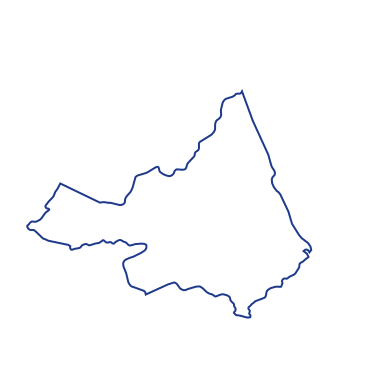 outline of Grand Bassa, rotated 206°
{"feature_id": "LBR-785", "entity_name": "Grand Bassa", "entity_type": "County", "adm_level": 1, "iso_a3": "LBR", "parent_name": "Liberia", "parent_adm1": "", "projection": "albers", "projection_center": [-9.727, 6.117], "detail": "fine", "context": "isolated", "style": "outline", "palette": "blue", "viewbox_px": 384, "rotation_deg": 206, "n_neighbors": 0, "source": "natural_earth", "source_scale": "10m", "svg_char_len": 4594}
<svg xmlns="http://www.w3.org/2000/svg" viewBox="0 0 384 384"><g transform="rotate(206 192 192)"><path d="M191.2,304.4L168.4,282.5L139.7,258.9L132.3,250.5L130.7,249.2L127.1,247.1L125.8,245.5L125.2,243.4L126.1,240.7L125.8,238.2L123.8,235.0L120.6,232.3L116.8,230.3L113.7,229.6L111.4,228.4L96.7,216.6L88.2,207.3L77.0,200.3L73.2,198.6L65.3,197.0L61.6,194.9L59.4,192.1L60.0,189.3L61.9,190.5L63.5,190.6L64.9,189.8L65.8,187.8L61.6,186.9L58.8,184.7L58.9,184.4L61.0,180.3L61.3,179.2L62.0,177.8L63.5,175.7L63.8,174.6L63.5,173.6L62.7,171.6L62.7,170.4L63.4,164.2L63.8,163.1L64.3,162.2L67.4,158.3L68.4,156.1L69.1,155.5L70.4,155.1L71.4,154.5L72.1,153.2L72.2,152.0L71.8,150.9L71.1,150.2L70.6,149.4L70.6,148.6L70.6,147.7L70.4,146.7L70.5,145.9L71.3,145.3L73.3,144.6L75.6,143.3L79.2,140.0L80.5,137.9L81.2,136.2L81.2,135.0L80.3,131.8L80.1,130.6L80.2,129.5L80.7,128.5L87.2,121.6L88.1,119.3L89.1,117.5L89.7,115.3L90.5,113.4L90.5,112.4L89.9,111.7L88.1,110.7L87.7,109.8L87.3,107.8L86.7,107.3L85.8,107.0L85.2,106.5L84.8,104.9L85.7,104.3L87.5,103.3L94.9,101.9L98.3,100.7L100.6,101.4L101.4,101.8L101.5,102.3L101.4,102.8L101.2,103.4L101.0,104.2L101.1,105.1L101.5,105.9L102.1,106.6L103.6,107.5L104.1,108.0L104.5,108.5L104.7,109.0L105.1,109.6L105.7,109.9L108.9,111.0L109.7,111.4L110.3,112.0L111.5,113.5L112.2,114.1L113.5,114.4L115.1,114.5L118.1,114.0L119.8,113.5L121.4,112.2L122.4,111.3L123.2,110.2L124.9,108.5L125.6,108.3L128.9,108.8L131.6,108.3L134.6,108.4L140.3,110.2L141.9,110.4L143.6,110.5L145.1,109.8L147.0,108.6L152.5,103.6L154.5,101.4L155.5,100.6L156.6,100.1L158.4,99.9L159.5,100.0L160.6,100.2L164.6,102.4L165.4,102.7L166.1,102.9L166.9,103.0L167.7,102.9L168.5,102.8L173.0,98.5L188.6,79.6L189.6,81.0L190.3,81.5L191.1,81.9L192.7,82.0L203.0,80.9L203.7,80.7L204.7,80.7L206.0,80.8L208.0,81.8L209.2,82.6L210.1,83.5L215.6,90.2L220.5,94.6L221.5,95.8L222.3,97.2L222.7,98.3L222.8,99.2L222.7,99.9L222.6,100.7L222.3,101.4L221.9,102.2L219.3,105.3L216.4,108.1L211.2,114.8L209.2,118.1L208.8,119.0L208.6,119.8L208.5,120.7L208.5,121.4L208.7,122.2L209.0,123.0L209.5,123.7L210.1,124.5L211.8,124.5L214.3,123.7L220.0,120.4L223.8,117.0L224.8,116.5L226.5,116.7L228.9,117.6L230.0,117.6L231.8,117.4L232.6,117.4L234.7,117.6L235.7,117.3L236.4,116.8L237.6,115.4L238.9,113.4L239.2,112.4L239.5,111.5L240.3,111.0L241.7,111.1L242.7,111.3L243.8,111.1L244.7,110.2L245.8,109.5L247.0,109.1L248.8,109.5L249.9,109.8L250.9,109.7L252.2,107.1L253.3,105.4L256.4,103.2L260.5,99.3L261.5,98.9L263.4,99.0L264.8,98.7L266.2,97.4L267.1,96.4L267.6,95.2L267.8,94.0L268.3,92.8L269.3,91.8L272.4,89.6L273.7,88.3L274.4,87.6L275.3,87.2L276.7,87.9L277.3,88.8L277.7,90.0L280.1,90.2L299.9,85.2L303.3,85.2L305.6,84.9L315.1,88.0L317.5,88.5L318.7,88.0L319.2,87.6L321.0,86.9L322.5,87.2L323.5,87.5L324.7,88.4L325.1,89.0L325.2,89.6L324.6,91.0L324.2,92.8L324.1,93.2L324.0,93.6L323.5,94.7L323.2,95.0L322.8,95.4L320.0,96.4L319.5,96.7L319.1,97.0L316.9,99.8L316.5,100.4L315.8,102.3L314.8,108.3L314.5,109.3L312.8,112.8L312.6,113.3L312.7,113.7L312.9,113.9L313.4,114.0L313.8,114.0L314.2,114.0L315.4,113.6L315.8,113.6L316.4,113.9L317.3,114.5L317.5,115.3L317.6,116.0L316.5,121.1L315.0,125.6L314.7,126.9L314.6,128.2L314.9,131.6L314.9,132.4L314.3,135.7L314.1,141.9L270.1,142.1L267.1,144.1L265.6,144.7L262.5,145.6L260.9,146.4L259.9,146.7L251.6,148.5L250.7,148.9L249.9,149.4L248.9,150.3L248.4,151.1L248.0,151.8L247.9,152.5L247.9,153.2L248.1,154.0L248.7,155.4L248.9,156.2L249.0,156.9L249.0,158.3L248.8,159.7L247.3,165.1L247.2,166.6L247.3,169.8L249.3,180.7L248.9,181.7L248.0,183.1L241.6,189.0L240.4,190.5L235.8,197.8L234.6,199.2L233.8,199.6L232.9,199.5L232.3,198.9L231.7,198.3L230.7,196.9L230.1,196.4L229.3,196.0L227.8,195.7L224.9,195.4L222.4,195.6L220.2,196.0L218.9,196.6L218.0,197.4L217.4,198.3L217.0,199.1L216.7,200.0L216.6,200.8L216.8,202.7L216.7,203.7L216.1,205.1L215.4,205.8L210.1,207.9L208.9,208.8L208.1,209.7L207.9,210.6L207.9,211.4L208.1,212.9L208.3,213.6L208.4,214.4L208.4,215.7L208.3,216.4L208.3,216.5L205.8,224.5L205.7,225.3L205.7,226.0L206.4,228.2L206.4,229.0L206.1,229.9L205.0,231.8L204.7,232.6L204.7,233.3L205.1,234.8L207.0,238.5L207.1,239.3L207.0,240.0L206.7,240.8L199.9,251.6L199.3,253.1L198.6,255.8L198.6,256.6L198.6,257.3L198.9,258.8L200.8,262.8L201.2,264.2L201.3,264.9L201.3,266.3L201.3,266.9L201.1,267.4L199.8,269.9L199.5,270.8L199.3,271.6L199.3,272.4L199.4,273.4L199.7,274.2L200.0,274.9L201.4,277.2L202.1,278.8L203.5,285.3L203.6,286.3L203.5,287.5L203.0,289.5L202.3,290.7L197.4,295.3L196.5,296.7L195.9,297.9L195.5,299.3L194.8,300.0L193.8,300.6L192.5,301.1L191.7,301.8L191.3,302.6L191.2,303.4L191.2,304.4L191.2,304.4Z" fill="none" stroke="#1e3a8a" stroke-width="2"/></g></svg>